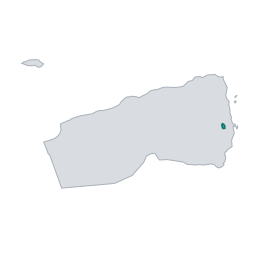 Melhan, Al Hudaydah, Yemen (highlighted), rotated 183°
{"feature_id": "15242507B19184333962868", "entity_name": "Melhan", "entity_type": "district", "adm_level": 2, "iso_a3": "YEM", "parent_name": "Yemen", "parent_adm1": "Al Hudaydah", "projection": "mercator", "projection_center": [43.334, 15.324], "detail": "fine", "context": "in_parent", "style": "filled", "palette": "teal", "viewbox_px": 256, "rotation_deg": 183, "n_neighbors": 0, "source": "geoboundaries", "source_scale": "gbopen_adm2", "svg_char_len": 3466}
<svg xmlns="http://www.w3.org/2000/svg" viewBox="0 0 256 256"><g transform="rotate(183 128 128)"><path d="M211.4,109.6L202.1,113.0L199.7,114.5L197.5,116.4L195.9,118.7L194.7,122.8L195.6,126.6L195.5,128.6L193.1,129.9L190.9,130.8L188.4,132.3L186.9,132.6L185.7,133.8L184.3,134.6L179.1,136.7L173.5,138.3L164.5,140.3L161.1,142.4L158.0,143.8L153.2,144.3L146.6,146.3L143.0,147.9L138.5,150.5L137.5,151.3L136.7,153.2L135.3,154.9L132.6,157.6L130.5,159.0L129.2,159.0L126.5,159.8L123.4,159.9L118.1,159.0L116.8,159.7L115.6,160.7L111.6,162.6L107.5,166.3L104.4,167.3L99.6,168.4L96.1,170.0L93.8,170.6L90.9,170.9L85.4,170.8L80.2,171.3L75.4,172.4L73.2,174.3L70.6,177.5L66.4,178.8L65.4,179.9L64.1,182.2L61.4,182.8L58.9,183.2L56.4,182.2L51.7,184.9L49.9,185.4L47.1,185.5L45.2,186.1L43.8,185.9L42.1,184.8L38.4,183.5L35.7,184.4L35.5,181.7L31.0,173.7L32.0,166.7L32.0,165.7L31.1,162.6L28.4,159.7L28.5,156.1L27.6,153.5L26.9,150.8L27.1,150.1L27.2,149.4L25.8,145.3L25.4,144.5L25.2,143.6L25.6,142.9L25.6,142.2L24.9,140.9L24.1,138.5L20.5,136.6L21.3,134.8L22.0,135.4L22.9,136.0L23.1,134.8L23.1,134.0L21.6,128.6L23.9,121.4L23.1,114.9L26.5,112.3L27.4,111.5L27.9,110.8L28.7,109.3L29.8,108.9L30.2,107.3L30.2,106.5L29.5,105.8L28.9,104.0L29.1,101.7L29.3,100.8L29.6,99.0L30.8,98.3L31.1,97.8L30.2,96.7L30.3,96.0L32.3,94.2L33.1,93.6L34.4,93.0L35.5,93.0L36.7,93.4L37.7,93.9L38.7,94.8L39.8,95.9L41.5,96.3L42.6,96.2L43.6,96.7L44.4,96.4L45.2,95.9L46.7,95.9L47.9,95.3L51.6,95.0L55.1,95.2L58.8,94.6L62.4,94.7L66.1,94.7L66.9,94.8L67.7,95.1L70.8,96.8L73.2,97.1L77.9,97.6L83.0,98.1L87.4,98.5L91.1,98.1L94.2,97.8L95.0,97.8L95.9,98.9L97.8,101.4L99.6,103.8L102.6,103.9L104.6,103.0L106.8,101.8L108.1,100.8L109.6,96.9L110.6,94.3L112.9,91.5L114.8,89.1L117.3,85.9L118.7,84.2L121.4,80.7L124.1,79.4L129.2,76.7L134.1,74.2L137.4,72.5L140.1,71.7L144.7,71.1L150.2,70.3L155.6,69.5L161.4,68.7L167.9,67.8L172.3,67.2L177.9,66.4L182.6,65.7L186.8,65.1L191.1,64.5L191.9,66.4L192.7,68.4L193.5,70.3L194.3,72.2L195.1,74.2L196.0,76.1L196.8,78.0L197.6,79.9L198.4,81.9L199.2,83.8L200.0,85.7L200.8,87.6L201.6,89.5L202.4,91.5L203.3,93.4L204.1,95.3L204.9,97.2L206.2,97.8L206.9,99.6L208.0,102.1L209.2,104.6L210.3,107.1L211.4,109.6ZM223.8,185.5L224.9,185.8L226.6,185.1L231.5,185.0L237.5,187.1L236.3,187.7L235.7,188.4L233.1,189.1L230.5,190.7L223.0,191.5L220.8,191.1L218.9,189.5L215.6,187.5L216.9,186.2L217.2,185.6L217.7,185.0L219.6,184.1L221.5,184.2L223.8,185.5ZM22.9,160.4L22.7,160.8L22.3,160.8L21.2,159.8L22.4,158.6L23.1,159.7L22.9,160.4ZM19.3,135.2L18.7,135.7L18.5,134.9L18.9,133.3L19.5,132.8L19.9,134.0L19.7,134.7L19.3,135.2ZM22.3,165.5L21.1,166.1L21.9,164.6L22.8,164.3L23.0,164.3L22.3,165.5Z" fill="#d9dde1" stroke="#a8b0b8" stroke-width="1"/><path d="M31.8,135.4L31.8,135.5L31.9,135.8L32.0,135.8L32.1,136.0L32.3,136.2L32.3,136.3L32.4,136.5L32.5,136.5L32.8,136.7L32.9,136.8L33.0,136.8L33.3,136.8L33.5,137.0L33.6,137.3L33.8,137.3L33.9,137.2L34.0,137.2L34.0,136.9L34.0,136.7L34.1,136.4L34.1,136.2L34.4,136.1L34.5,135.8L34.2,135.7L34.1,135.3L34.1,135.2L34.1,134.9L33.9,134.4L34.0,134.3L33.9,134.1L33.9,133.9L33.9,133.7L33.9,133.4L33.8,133.2L33.7,133.2L33.4,133.1L33.2,133.0L33.3,132.9L33.2,132.8L33.2,132.7L33.0,132.4L32.8,132.4L32.6,132.5L32.3,132.6L32.2,132.6L31.7,132.8L31.5,132.7L31.4,132.7L31.2,132.7L31.2,132.8L31.3,132.9L31.3,133.0L31.4,133.3L31.5,133.4L31.5,133.5L31.4,133.9L31.4,134.0L31.3,134.3L31.3,134.5L31.4,134.8L31.4,135.0L31.5,135.1L31.6,135.3L31.8,135.4L31.8,135.4Z" fill="#14b8a6" stroke="#0f766e" stroke-width="1.5"/></g></svg>